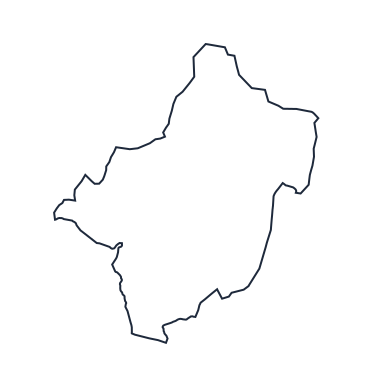 New Juaben South Municipal, Eastern, Ghana, rotated 347°
{"feature_id": "2480657B86034404720136", "entity_name": "New Juaben South Municipal", "entity_type": "district", "adm_level": 2, "iso_a3": "GHA", "parent_name": "Ghana", "parent_adm1": "Eastern", "projection": "orthographic", "projection_center": [-0.271, 6.08], "detail": "fine", "context": "isolated", "style": "outline", "palette": "slate", "viewbox_px": 384, "rotation_deg": 347, "n_neighbors": 0, "source": "geoboundaries", "source_scale": "gbopen_adm2", "svg_char_len": 3106}
<svg xmlns="http://www.w3.org/2000/svg" viewBox="0 0 384 384"><g transform="rotate(347 192 192)"><path d="M326.3,159.0L326.8,152.2L331.7,148.5L328.6,143.1L327.4,141.5L326.4,140.7L323.6,139.5L319.3,137.6L312.5,134.6L299.6,131.4L295.6,127.4L286.8,121.0L286.1,108.9L273.6,104.2L264.2,88.4L264.1,84.8L263.9,79.6L264.0,68.8L257.9,66.2L256.6,58.4L240.7,51.7L238.6,50.9L223.8,60.9L220.1,80.2L214.3,85.2L205.4,92.2L198.2,95.7L193.7,102.0L190.6,108.3L186.5,115.4L184.7,120.3L181.1,123.5L177.3,127.5L178.1,132.0L173.1,132.8L168.2,132.4L161.9,135.0L149.0,137.2L141.0,136.3L128.1,131.3L124.9,135.7L120.9,139.8L118.2,144.2L114.2,147.8L113.3,151.4L110.1,156.8L107.9,159.9L103.4,163.0L99.0,162.1L96.7,158.9L91.9,151.3L86.9,156.6L78.4,163.3L76.6,168.7L76.2,174.1L70.4,171.8L65.5,170.9L63.2,173.6L59.7,174.9L56.5,177.6L53.0,181.1L52.3,188.2L53.1,188.2L55.6,187.5L56.8,187.5L58.9,188.0L59.8,188.5L60.3,188.9L60.5,189.0L60.9,189.5L68.8,192.9L69.2,193.6L70.8,194.9L71.8,196.3L72.1,198.6L74.7,204.3L81.3,212.4L87.7,220.3L90.3,221.2L99.4,227.0L100.3,228.4L101.4,229.3L102.0,229.4L103.4,229.4L104.1,229.0L106.3,227.0L108.1,226.1L110.0,225.4L111.1,225.8L112.2,226.1L111.8,228.2L111.3,228.9L110.7,229.3L108.3,229.6L107.8,230.0L107.5,230.6L106.4,234.1L104.2,238.3L103.5,239.2L103.2,239.6L97.9,244.7L99.3,252.1L99.7,252.7L100.6,253.2L101.1,253.6L103.1,256.8L103.7,258.6L103.5,260.3L103.9,261.1L103.9,262.0L103.6,262.5L103.3,262.9L102.4,263.7L101.7,264.3L101.3,264.8L101.0,265.7L101.1,267.2L100.7,268.5L100.4,269.8L100.2,271.6L100.4,272.3L100.6,273.0L101.3,274.1L101.3,275.6L101.4,276.2L102.6,277.8L102.8,278.4L102.7,279.0L102.6,279.6L102.4,280.1L102.3,283.0L102.9,284.8L102.9,285.5L102.4,286.1L101.3,288.7L101.3,289.1L102.4,293.5L102.8,305.1L103.0,308.1L102.9,310.3L101.9,314.9L101.5,316.0L101.6,316.3L104.3,318.2L117.3,324.9L125.6,328.7L132.7,333.1L135.2,329.3L134.7,326.2L134.0,325.0L133.4,323.8L133.3,323.2L133.4,322.3L133.1,321.3L133.3,320.0L133.5,318.6L133.0,317.4L133.0,317.0L133.3,316.4L134.0,315.7L135.6,315.3L141.5,314.8L143.1,314.6L144.4,314.2L146.5,314.0L147.8,313.7L149.0,313.2L149.9,313.0L151.1,312.9L151.5,312.9L151.8,312.9L152.8,313.2L153.8,313.6L154.5,314.0L155.9,314.5L157.0,314.9L158.0,315.0L158.4,314.8L158.8,314.6L159.7,314.2L161.0,313.7L161.7,313.5L162.8,313.0L163.2,313.1L163.7,313.1L164.6,313.3L165.5,313.9L166.5,314.2L167.2,314.5L171.5,308.5L173.8,303.9L174.7,302.9L175.5,301.8L180.4,299.5L188.0,295.6L194.6,292.4L194.7,292.8L194.7,293.1L194.9,293.8L197.3,302.7L204.4,302.2L207.9,299.1L220.4,298.8L225.9,296.4L226.8,295.4L240.4,281.8L251.4,262.3L253.5,258.3L256.9,252.5L260.3,246.7L261.9,241.6L263.5,236.6L264.8,232.7L266.6,227.0L267.1,225.7L267.4,224.7L267.7,224.0L270.5,214.6L270.6,214.4L270.9,213.9L271.2,213.5L272.2,212.2L273.5,210.9L274.9,209.7L276.4,208.6L282.4,203.7L283.5,204.9L284.8,206.6L285.9,207.1L286.2,207.2L291.5,210.2L291.9,210.6L292.8,211.7L293.5,212.8L293.8,213.9L293.6,215.1L293.0,216.1L297.5,217.9L307.3,211.2L309.4,205.3L310.7,201.8L313.1,197.3L315.3,193.4L318.8,185.1L320.3,177.2L322.0,173.9L325.8,166.4L326.1,161.6L326.3,159.0Z" fill="none" stroke="#1e293b" stroke-width="2"/></g></svg>